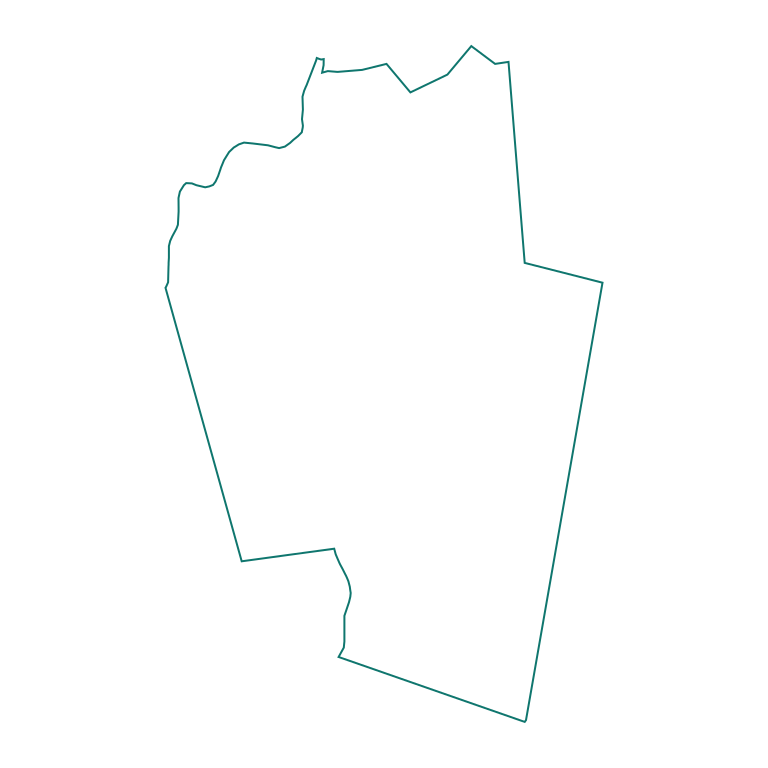 outline of Raveneau, Soufrière, Saint Lucia
{"feature_id": "8701671B21269769416552", "entity_name": "Raveneau", "entity_type": "district", "adm_level": 2, "iso_a3": "LCA", "parent_name": "Saint Lucia", "parent_adm1": "Soufrière", "projection": "equal_earth", "projection_center": [-61.048, 13.81], "detail": "fine", "context": "isolated", "style": "outline", "palette": "teal", "viewbox_px": 768, "rotation_deg": 0, "n_neighbors": 0, "source": "geoboundaries", "source_scale": "gbopen_adm2", "svg_char_len": 1388}
<svg xmlns="http://www.w3.org/2000/svg" viewBox="0 0 768 768"><path d="M165.5,287.8L181.0,343.5L241.7,561.3L286.4,555.2L334.2,548.7L335.7,554.3L337.6,558.8L338.4,560.6L339.3,562.7L340.1,564.4L342.7,569.2L345.1,574.0L346.0,575.7L347.0,577.9L348.4,581.3L349.8,586.7L350.2,589.8L350.7,593.0L350.3,596.8L349.0,602.2L346.0,611.1L344.4,615.8L344.4,641.6L344.1,644.4L343.8,647.6L338.6,657.0L524.7,721.9L526.0,720.1L602.5,282.7L524.7,262.9L520.3,208.6L508.5,61.9L495.1,63.9L471.3,46.1L447.4,74.6L410.4,92.4L386.5,63.9L362.1,69.9L337.5,71.9L327.8,71.1L322.1,72.7L323.6,65.2L323.7,59.1L322.6,59.3L321.1,59.5L319.1,58.9L317.6,58.3L316.8,58.0L316.1,60.5L306.5,85.4L305.9,86.6L304.1,90.9L303.1,94.5L302.5,96.7L302.9,109.7L302.0,119.2L302.5,122.8L302.9,125.6L302.8,126.7L302.7,127.7L302.0,131.1L301.8,132.3L297.9,136.2L293.3,139.9L290.1,142.9L284.9,146.6L279.1,148.1L275.2,147.2L268.0,145.3L253.0,143.5L244.0,142.6L242.0,143.3L238.8,144.4L235.8,146.3L233.8,147.5L229.1,152.0L226.6,156.0L224.0,160.2L222.0,165.1L221.0,167.5L220.3,169.7L218.1,176.1L215.6,181.5L213.1,184.9L209.3,186.4L205.2,187.3L196.4,185.2L191.9,183.4L186.2,183.1L183.9,185.2L179.9,191.6L178.5,198.0L178.6,208.0L178.6,211.7L178.4,215.6L177.9,224.8L176.4,228.7L172.3,236.3L170.2,240.9L168.9,246.1L168.9,257.9L168.6,262.9L168.6,264.9L168.5,266.5L168.1,282.3L166.1,286.8L165.5,287.8Z" fill="none" stroke="#0f766e" stroke-width="2"/></svg>